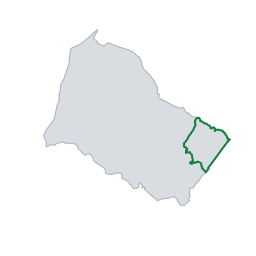 Upper West highlighted on a map of Ghana, rotated 127°
{"feature_id": "GHA-2157", "entity_name": "Upper West", "entity_type": "Region", "adm_level": 1, "iso_a3": "GHA", "parent_name": "Ghana", "parent_adm1": "", "projection": "mercator", "projection_center": [-2.051, 10.34], "detail": "fine", "context": "in_parent", "style": "outline", "palette": "green", "viewbox_px": 256, "rotation_deg": 127, "n_neighbors": 0, "source": "natural_earth", "source_scale": "10m", "svg_char_len": 5638}
<svg xmlns="http://www.w3.org/2000/svg" viewBox="0 0 256 256"><g transform="rotate(127 128 128)"><path d="M155.6,36.5L157.4,38.2L157.8,39.2L157.2,43.0L155.8,45.7L155.0,48.2L155.1,49.4L155.9,50.7L158.7,52.6L160.1,53.9L161.8,55.8L163.8,57.7L167.1,60.1L168.5,60.6L168.5,61.3L168.0,62.2L167.7,71.3L167.4,73.6L167.2,74.8L166.9,78.2L166.5,78.7L165.9,78.7L165.3,78.8L165.2,79.5L165.4,80.2L167.4,80.7L167.0,81.2L165.5,81.6L164.8,82.7L165.1,83.8L164.3,84.8L164.5,85.4L165.0,85.9L165.9,85.7L168.2,84.1L169.2,83.9L170.4,84.3L172.7,86.7L172.8,87.8L171.9,91.8L171.0,94.9L170.8,99.0L171.8,101.3L171.6,102.6L170.6,103.7L168.3,105.3L168.5,106.4L169.5,108.4L171.5,110.6L175.3,113.4L177.3,117.0L177.4,118.5L176.2,120.0L174.8,121.3L174.4,123.1L175.0,135.2L171.9,140.5L171.9,142.0L172.2,143.7L173.0,144.8L174.6,145.1L175.8,146.1L175.4,149.8L174.7,153.5L174.6,155.4L174.2,156.2L173.0,156.9L172.6,158.1L172.9,159.6L172.7,160.7L173.3,162.1L174.7,163.8L176.9,168.1L177.8,168.5L178.1,169.4L177.9,170.3L178.8,172.2L181.2,174.1L183.8,175.8L185.9,176.0L186.4,177.5L187.8,179.4L188.8,180.3L190.3,180.8L191.6,181.1L191.7,182.7L189.4,183.8L187.8,185.5L186.6,188.0L184.9,190.8L179.1,192.2L176.9,192.2L165.0,192.3L153.9,197.8L147.5,199.7L143.6,202.8L138.3,205.0L134.6,207.6L127.0,208.9L114.4,213.1L110.5,214.7L106.5,217.6L100.0,221.0L97.5,221.0L92.4,217.8L88.6,216.2L79.3,213.8L72.3,212.8L68.9,211.8L68.0,211.6L68.8,210.5L70.8,210.4L72.8,210.7L74.3,209.9L76.6,209.8L77.2,208.8L77.4,206.5L77.4,204.7L78.1,203.9L78.3,201.7L77.2,196.8L76.4,196.3L72.4,195.6L72.1,194.6L71.4,193.6L70.6,191.1L69.7,187.4L68.3,182.8L65.5,175.2L64.9,172.5L64.4,169.8L64.3,166.5L64.9,165.3L64.8,163.6L64.5,161.9L66.4,158.1L70.2,153.3L71.0,151.6L71.7,150.4L71.8,148.7L72.5,143.2L74.3,136.5L75.4,134.0L76.2,132.6L77.1,130.4L77.3,129.3L80.8,126.7L82.4,126.0L82.8,125.0L82.2,123.8L82.5,123.1L83.3,122.7L84.6,122.4L85.5,121.3L84.0,113.0L82.9,104.8L82.8,104.1L82.1,102.9L81.4,99.5L80.2,97.5L78.6,96.9L78.6,95.1L80.2,91.9L80.7,90.0L79.9,89.5L79.8,88.0L80.3,85.7L80.0,84.2L79.8,82.7L78.0,79.1L77.6,76.5L78.5,75.0L78.5,71.7L77.5,66.7L77.4,63.5L78.0,62.1L77.7,60.9L76.5,59.7L76.4,58.5L77.4,57.4L77.3,56.5L76.0,55.8L74.8,54.3L73.8,51.8L74.0,47.8L75.9,40.5L76.2,39.9L78.4,39.9L78.4,40.3L85.4,40.2L93.4,40.1L102.9,40.0L111.6,39.9L112.0,39.6L113.4,39.2L122.1,39.9L127.6,39.6L129.9,39.8L131.6,40.3L135.4,40.0L137.4,40.2L138.9,42.0L139.5,42.0L140.4,41.2L141.9,40.3L143.4,39.6L144.5,38.2L145.2,37.1L146.2,37.3L147.6,37.3L148.6,36.4L149.0,35.0L155.6,36.5Z" fill="#d9dde1" stroke="#a8b0b8" stroke-width="1"/><path d="M112.6,39.1L116.3,39.2L116.6,39.3L116.1,40.6L115.9,41.2L116.0,41.6L116.0,42.0L115.9,42.3L115.8,42.5L115.7,42.6L115.8,42.8L115.8,43.0L115.8,44.2L115.7,44.4L115.5,44.5L115.4,44.6L115.2,44.7L114.7,45.1L114.5,45.3L114.5,45.6L114.5,46.0L114.4,46.1L114.4,46.3L114.0,46.6L113.6,47.1L113.4,47.2L113.1,47.4L113.0,47.5L112.8,47.6L112.5,47.9L112.4,48.2L112.3,48.4L112.2,49.3L112.2,49.5L112.3,50.0L112.6,51.2L112.6,51.3L112.7,51.5L112.8,51.9L112.9,52.0L113.0,52.1L113.4,52.1L113.6,52.2L113.8,52.3L113.9,52.5L114.0,52.7L114.1,52.8L114.3,53.0L114.5,53.2L114.6,53.3L114.8,53.4L115.1,53.4L115.3,53.4L115.7,53.7L115.8,53.8L115.8,54.0L115.8,54.4L115.8,54.6L115.9,54.9L116.0,55.0L116.3,55.3L116.5,55.4L116.8,55.7L117.0,55.7L117.4,55.3L117.5,55.2L117.8,55.2L118.1,55.3L118.2,55.5L118.4,55.8L118.5,56.3L118.6,56.9L118.5,57.3L118.5,57.5L118.3,57.7L117.4,57.4L116.3,56.9L115.7,56.6L115.3,56.6L115.1,56.6L114.9,56.6L114.7,56.7L114.5,56.8L114.1,57.3L113.5,58.4L113.3,58.6L112.9,59.0L111.8,59.9L111.4,60.3L111.2,60.7L111.0,61.0L110.9,61.1L110.9,61.5L110.8,62.6L110.8,62.8L110.7,63.0L110.2,63.8L110.1,64.0L110.3,64.4L112.5,66.4L112.7,66.6L112.9,66.8L112.8,67.0L112.7,67.1L112.4,67.2L112.0,67.4L111.9,67.4L111.7,67.4L111.4,67.4L111.1,67.3L110.8,67.3L110.7,67.4L110.3,67.4L110.1,67.5L110.7,67.8L110.8,67.8L110.9,68.0L110.8,68.3L110.6,68.4L110.4,68.4L110.1,68.3L109.9,68.3L109.6,68.6L109.4,68.6L109.1,68.7L109.0,68.8L108.9,69.0L108.7,69.4L108.7,69.6L108.8,70.1L108.7,70.2L108.8,70.4L108.8,70.5L109.0,70.9L109.1,71.0L109.1,71.4L109.1,71.6L109.0,72.0L108.9,72.3L108.8,72.5L108.7,72.6L107.9,72.9L107.6,73.0L107.4,73.3L107.2,73.7L107.0,73.9L106.9,74.0L106.2,74.0L104.6,73.8L104.4,73.8L104.0,73.9L103.6,73.9L101.8,73.8L98.0,74.6L96.9,74.6L96.2,74.6L95.9,74.5L95.1,74.4L94.7,74.4L94.4,74.5L93.5,74.7L93.3,74.8L90.7,74.6L87.9,75.4L87.6,75.5L86.1,75.5L85.7,75.6L85.3,75.7L85.0,75.8L84.9,75.9L84.8,76.0L84.6,76.2L84.5,76.4L84.3,76.9L84.2,77.2L84.1,77.3L83.9,77.4L83.3,77.5L83.1,77.6L82.9,77.8L82.8,78.1L82.6,78.3L82.4,78.5L82.1,78.7L81.9,78.8L78.7,79.2L78.4,78.8L78.3,78.5L78.2,78.3L77.9,78.2L77.6,78.1L77.4,77.9L77.2,77.3L77.3,76.7L77.8,75.7L78.8,74.6L79.0,74.3L78.9,74.0L78.2,72.9L78.1,72.1L78.3,70.8L78.4,70.1L78.2,69.6L77.5,68.6L77.4,68.0L77.4,66.4L77.4,65.5L77.1,64.2L77.1,63.6L77.5,63.0L78.1,62.5L78.3,62.3L78.4,61.9L78.3,61.5L78.3,61.3L78.1,61.2L77.8,61.1L77.5,61.0L77.2,61.0L77.1,60.9L77.0,60.6L76.9,60.4L76.6,60.3L76.4,60.3L76.1,60.2L75.9,59.7L75.9,59.1L76.0,58.5L76.2,58.1L76.4,57.8L76.6,57.6L76.9,57.5L77.3,57.5L77.6,57.3L77.9,57.1L78.0,56.8L77.9,56.7L77.2,56.7L76.7,56.6L76.4,56.4L75.3,55.5L75.1,55.1L75.0,54.6L74.9,54.4L74.6,54.0L74.4,53.9L74.3,53.6L74.3,53.0L74.2,52.7L73.4,51.1L73.2,50.6L73.3,50.3L73.7,49.6L73.9,49.1L74.0,49.0L74.0,48.9L74.0,48.7L73.9,48.5L73.7,48.4L73.5,48.0L73.6,47.8L73.9,47.5L74.1,47.3L74.2,46.6L74.7,45.8L75.0,44.4L75.2,43.8L75.6,43.4L76.1,43.0L76.4,42.6L76.6,41.9L76.4,41.4L76.1,40.9L75.9,40.3L76.0,40.1L76.0,39.9L78.5,40.0L78.5,40.3L79.1,40.3L81.8,40.2L87.4,40.2L94.4,40.1L100.8,40.0L107.1,40.0L111.6,39.9L111.9,39.8L112.1,39.2L112.6,39.1Z" fill="none" stroke="#15803d" stroke-width="2"/></g></svg>